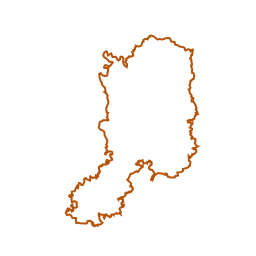 Jhenaidah, Khulna, Bangladesh, rotated 338°
{"feature_id": "16705992B77509092527129", "entity_name": "Jhenaidah", "entity_type": "district", "adm_level": 2, "iso_a3": "BGD", "parent_name": "Bangladesh", "parent_adm1": "Khulna", "projection": "albers", "projection_center": [89.072, 23.495], "detail": "fine", "context": "isolated", "style": "outline", "palette": "amber", "viewbox_px": 256, "rotation_deg": 338, "n_neighbors": 0, "source": "geoboundaries", "source_scale": "gbopen_adm2", "svg_char_len": 5877}
<svg xmlns="http://www.w3.org/2000/svg" viewBox="0 0 256 256"><g transform="rotate(338 128 128)"><path d="M56.6,163.7L56.8,164.4L55.1,166.6L52.1,166.0L51.0,168.3L51.8,169.2L51.7,169.8L50.3,169.6L48.6,168.5L48.0,168.7L48.2,170.2L49.5,170.8L49.9,171.4L48.9,172.9L48.2,175.8L51.1,175.8L52.7,177.7L51.7,179.5L51.4,181.8L50.2,182.4L48.5,181.9L47.1,180.2L47.9,178.2L46.7,178.3L46.1,178.8L46.7,179.7L46.8,183.0L46.3,184.1L44.6,184.4L44.8,182.8L43.4,182.1L41.2,182.6L41.5,181.3L43.0,180.6L42.0,180.1L38.5,183.2L38.8,185.9L41.5,186.4L42.6,187.9L42.5,190.1L43.3,190.9L45.9,191.9L44.5,196.8L46.0,197.1L48.2,198.6L53.7,201.0L55.0,200.5L55.4,199.2L57.8,199.6L60.0,202.4L59.1,202.7L59.6,203.6L58.8,203.6L59.1,205.5L59.8,205.6L60.2,206.5L61.2,206.4L61.4,206.0L62.6,206.2L63.1,207.2L63.5,207.3L63.6,206.3L66.9,207.1L68.8,206.3L68.1,205.4L68.2,204.3L67.5,203.5L67.4,201.6L68.6,198.7L68.1,198.3L68.5,196.8L69.1,196.4L69.4,197.6L73.3,199.6L71.9,201.8L72.2,202.9L75.5,200.0L76.4,201.9L77.6,203.0L77.6,203.8L79.0,203.8L80.0,202.1L81.4,202.5L81.9,203.4L82.2,202.7L85.5,202.7L85.7,203.3L88.1,204.1L88.7,205.0L88.7,203.6L89.8,203.5L89.8,199.6L91.2,199.0L94.1,199.3L95.5,198.1L94.0,196.8L93.5,197.0L93.6,195.3L94.1,195.1L94.4,195.7L95.3,194.4L95.9,194.9L96.5,192.4L95.4,191.6L95.1,190.7L94.3,191.2L94.7,190.9L93.1,190.2L92.3,191.0L92.1,190.1L96.3,189.6L97.7,190.5L100.7,189.3L101.0,187.6L102.4,188.0L102.5,187.5L103.9,188.1L104.3,187.7L104.5,188.1L105.3,187.7L106.1,188.3L106.4,187.8L107.4,188.2L108.4,187.1L109.3,187.0L109.9,185.7L109.5,185.2L109.8,184.5L109.0,183.7L109.3,183.1L108.3,182.8L110.0,180.9L109.3,178.2L108.4,177.3L108.1,175.5L109.4,175.2L113.1,171.5L114.5,171.9L119.7,171.3L119.8,171.9L121.0,172.4L123.6,170.5L127.3,169.5L127.6,168.3L125.5,167.9L124.8,166.2L123.0,165.9L121.8,164.6L122.4,164.1L124.1,164.1L124.5,163.4L125.0,163.6L124.8,162.8L125.6,162.6L126.8,162.6L127.5,163.5L129.4,163.3L129.0,166.6L132.1,167.5L132.6,167.1L132.7,167.6L133.2,166.8L134.2,167.0L135.6,166.2L136.1,166.8L135.8,168.0L136.7,168.0L137.1,168.7L136.1,170.9L134.6,170.9L134.2,171.7L133.2,171.8L132.4,173.5L132.8,174.8L134.8,175.9L135.6,180.3L132.7,181.9L129.9,184.6L131.0,185.8L133.8,182.7L136.6,181.4L139.0,181.1L142.6,183.0L145.1,185.5L145.9,185.2L146.1,184.5L146.9,185.3L146.6,188.1L149.1,189.9L152.8,191.4L153.5,190.3L156.5,190.8L157.1,187.7L160.6,188.8L163.0,188.4L163.5,186.6L167.8,187.1L169.6,186.8L170.1,186.2L171.0,186.4L173.1,183.2L172.9,181.8L172.2,181.0L173.8,176.5L174.7,178.8L176.0,177.9L176.4,178.1L177.0,177.1L178.2,176.9L178.2,176.4L179.2,177.1L181.9,175.9L182.6,175.3L183.0,173.8L182.3,172.8L181.2,172.6L180.4,171.2L181.7,171.1L182.7,171.8L185.3,171.3L184.7,171.1L185.1,170.0L184.5,168.9L184.4,166.8L185.5,166.0L185.6,164.8L186.4,163.7L184.6,162.0L182.7,161.8L182.8,161.1L184.4,160.2L183.2,157.4L184.9,156.5L184.1,155.0L184.2,154.2L186.1,154.1L187.1,152.6L185.6,151.0L186.2,150.9L187.1,149.3L189.0,148.5L189.9,147.1L188.0,146.7L187.9,145.7L185.9,145.6L186.0,143.5L187.9,143.6L190.9,144.9L191.5,144.1L192.9,144.3L194.9,141.8L196.3,141.5L195.7,141.2L196.7,140.7L196.6,140.2L197.6,140.5L196.9,139.4L198.2,139.4L198.1,136.9L197.7,136.4L198.1,135.7L199.0,135.4L199.2,131.6L198.5,128.1L196.9,127.3L197.7,125.5L199.2,125.9L199.8,124.6L198.2,123.0L199.2,121.5L198.3,118.8L199.1,115.8L198.8,115.0L200.2,114.8L201.1,113.7L201.0,111.3L202.1,110.6L203.4,107.9L203.9,107.5L204.5,107.9L206.4,106.8L207.3,107.0L209.1,104.1L209.2,101.7L208.1,101.1L208.9,98.5L209.4,98.1L209.8,93.7L210.5,93.8L211.2,93.0L211.9,89.2L212.4,88.5L212.2,87.4L211.7,87.3L211.8,86.7L212.3,86.8L213.7,84.2L214.7,84.5L217.5,79.6L216.5,79.4L214.7,80.3L214.6,78.4L214.1,78.0L212.9,77.4L211.2,77.8L210.2,77.5L210.5,75.4L209.9,74.1L206.3,71.7L205.3,70.1L203.0,68.4L202.9,67.4L203.5,66.4L203.2,65.4L201.2,64.7L200.4,63.7L200.5,61.0L199.7,59.9L196.8,58.9L193.1,58.9L190.9,57.4L188.5,57.0L186.3,53.0L184.4,51.0L182.5,50.8L182.3,51.7L180.4,51.8L179.4,53.1L177.1,51.8L175.2,52.2L174.5,52.9L174.7,53.8L173.3,54.1L171.9,55.9L170.2,56.7L168.1,56.3L166.9,55.2L166.1,55.4L165.8,54.9L165.4,55.9L164.3,56.3L164.1,57.5L162.3,57.7L162.5,58.7L160.2,59.1L160.5,60.4L160.0,62.9L156.8,62.9L156.6,62.3L155.4,62.0L154.5,62.9L152.1,63.1L152.1,64.5L150.3,65.6L151.1,68.5L149.7,71.0L148.6,69.5L147.9,66.8L148.3,64.7L149.7,62.1L149.7,60.7L149.1,59.5L147.7,59.2L146.2,61.4L144.4,61.8L144.0,61.3L143.4,57.4L140.3,56.4L140.3,52.6L136.6,53.2L137.0,49.1L136.0,48.7L134.4,49.1L132.5,50.9L132.2,52.9L134.1,55.6L135.5,59.5L138.0,60.8L138.4,61.6L134.3,63.9L132.7,63.2L131.0,61.3L130.0,61.3L128.4,62.7L128.6,63.4L132.2,65.1L128.4,71.5L126.7,71.5L125.1,70.5L123.6,68.7L123.1,66.8L121.5,67.2L120.4,71.4L120.3,74.7L120.7,76.2L120.2,78.2L121.7,81.9L120.8,86.1L119.6,86.0L120.8,87.8L121.3,90.2L120.2,92.0L119.5,96.9L115.5,101.3L114.5,103.3L114.2,105.4L115.3,106.4L114.1,107.3L113.5,109.4L112.3,110.1L112.9,112.8L112.6,113.5L107.9,111.4L106.7,112.0L104.7,111.7L102.9,113.1L103.0,114.0L101.3,116.1L101.2,117.3L101.7,118.8L104.0,121.3L104.6,122.9L103.6,126.0L104.1,131.8L103.0,134.0L101.5,135.3L101.9,136.1L101.8,137.6L100.0,137.6L100.2,141.5L97.5,142.7L97.0,143.4L97.3,144.1L99.3,142.9L101.8,142.6L103.9,143.7L104.3,144.4L103.8,146.3L103.1,146.6L101.6,145.7L101.2,146.2L101.4,147.0L100.9,148.9L101.8,150.5L101.4,151.5L97.8,151.6L96.9,149.9L96.2,149.7L94.9,151.4L97.1,151.7L97.2,153.1L96.6,153.5L93.5,153.6L91.1,152.3L90.6,153.0L89.7,152.7L89.4,153.6L87.9,153.4L87.9,152.9L86.3,153.3L85.5,155.8L85.9,157.4L85.1,157.7L85.1,158.3L83.9,158.6L84.3,159.0L84.0,159.5L83.3,159.1L82.3,159.9L81.9,161.1L82.5,160.5L82.1,161.8L80.4,162.5L81.1,160.5L80.6,160.0L79.7,162.4L78.4,161.2L76.7,161.2L75.4,159.6L74.9,157.9L74.6,159.7L73.0,162.5L70.3,159.7L70.3,158.8L69.8,158.4L69.1,159.0L68.0,159.0L67.6,161.2L65.2,163.6L64.2,163.8L63.4,163.2L63.2,161.5L61.8,160.7L58.6,165.9L60.1,162.7L59.9,162.3L59.5,162.2L57.5,164.1L57.0,164.2L56.6,163.7Z" fill="none" stroke="#b45309" stroke-width="2"/></g></svg>